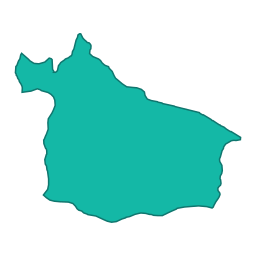 Palencia, Guatemala (Albers equal-area conic projection)
{"feature_id": "79465075B84749841265640", "entity_name": "Palencia", "entity_type": "district", "adm_level": 2, "iso_a3": "GTM", "parent_name": "Guatemala", "parent_adm1": "", "projection": "albers", "projection_center": [-90.328, 14.679], "detail": "fine", "context": "isolated", "style": "filled", "palette": "teal", "viewbox_px": 256, "rotation_deg": 0, "n_neighbors": 0, "source": "geoboundaries", "source_scale": "gbopen_adm2", "svg_char_len": 2510}
<svg xmlns="http://www.w3.org/2000/svg" viewBox="0 0 256 256"><path d="M43.4,195.0L46.4,197.7L49.9,200.1L54.3,201.2L60.6,201.8L61.6,201.8L68.6,202.1L69.4,202.4L72.9,203.5L75.5,206.2L77.1,208.8L78.8,210.2L81.7,211.0L83.7,212.9L86.9,214.0L87.8,214.6L95.9,216.0L104.1,219.8L107.3,221.2L111.5,222.2L116.3,221.6L121.9,219.0L125.7,217.8L126.0,217.3L129.6,216.6L135.1,214.3L139.3,213.3L140.9,213.0L145.7,213.4L149.4,214.4L151.5,214.5L153.5,215.3L158.1,215.6L162.4,215.6L163.7,214.9L165.0,214.3L165.9,213.9L167.0,213.3L171.7,211.1L176.3,209.1L177.2,208.3L184.5,207.0L191.8,206.4L198.6,205.9L206.8,206.6L212.1,208.0L213.3,207.0L213.8,205.6L215.9,201.7L217.7,199.2L219.0,197.1L220.0,194.6L219.8,193.1L217.9,190.4L217.9,188.0L218.5,187.3L218.9,186.6L219.6,186.0L220.5,185.2L221.0,183.4L220.6,179.8L220.0,178.8L220.3,176.0L221.7,173.5L222.3,170.6L221.9,165.4L219.7,161.4L219.5,159.0L220.4,156.8L222.1,150.6L223.4,148.6L223.7,146.8L225.7,144.0L231.4,140.7L233.9,140.3L236.0,140.5L240.4,139.7L240.6,137.4L231.0,131.5L230.4,131.6L226.5,129.2L224.1,127.2L220.5,125.6L220.0,124.9L219.2,124.8L212.9,120.6L212.0,120.5L211.1,119.5L203.3,114.8L202.7,114.9L200.0,113.4L199.4,112.6L175.1,106.6L174.3,106.1L162.7,103.6L162.0,103.0L158.1,102.2L157.4,101.7L151.4,100.6L147.3,99.1L145.0,95.4L144.4,92.0L141.4,89.4L136.8,87.8L132.2,87.4L126.7,86.8L122.2,83.8L118.2,80.4L115.5,78.2L114.1,75.7L112.2,71.4L109.2,68.3L108.5,66.6L107.8,66.4L105.9,65.7L104.6,65.1L102.1,62.9L100.5,60.5L98.6,59.0L92.7,56.5L89.6,53.6L89.9,50.6L90.1,49.7L90.8,48.9L91.0,46.1L90.9,45.2L90.1,43.9L89.0,42.8L87.2,42.5L86.4,41.5L84.3,39.7L82.8,38.0L80.7,33.8L79.5,33.8L78.0,34.9L77.5,37.3L76.1,40.1L73.9,49.0L72.5,51.5L72.0,54.6L71.1,56.0L70.5,56.1L68.4,57.8L65.4,59.0L64.3,60.1L63.4,60.7L60.7,62.6L59.9,63.9L58.5,65.6L57.5,70.4L57.0,71.1L55.6,72.3L53.6,72.3L54.0,71.7L52.6,69.4L52.1,59.6L51.2,58.7L49.2,58.1L44.8,62.1L38.9,63.8L34.0,63.4L30.0,60.9L28.4,59.2L21.6,53.3L20.7,54.9L19.9,58.8L18.5,61.0L16.8,65.6L15.9,66.4L15.4,72.8L16.1,73.9L16.3,75.4L17.2,76.3L17.6,78.0L19.1,80.3L19.3,81.5L21.0,84.1L22.1,86.5L22.3,88.0L22.1,92.3L31.0,91.1L37.3,88.8L40.4,89.8L41.3,90.6L48.1,92.5L51.1,94.4L53.5,96.9L54.8,100.2L55.2,105.4L53.5,109.8L52.0,113.0L48.3,118.8L47.9,122.7L48.2,129.2L46.3,134.5L45.7,135.6L44.2,139.4L43.7,140.0L43.9,143.7L45.6,148.3L46.1,148.6L46.7,150.4L46.8,154.1L46.4,154.4L44.8,159.6L45.3,164.1L46.5,166.0L47.0,170.0L47.5,170.7L48.6,178.9L48.6,184.8L47.7,189.3L46.7,190.7L45.2,192.6L43.4,195.0Z" fill="#14b8a6" stroke="#0f766e" stroke-width="1.5"/></svg>